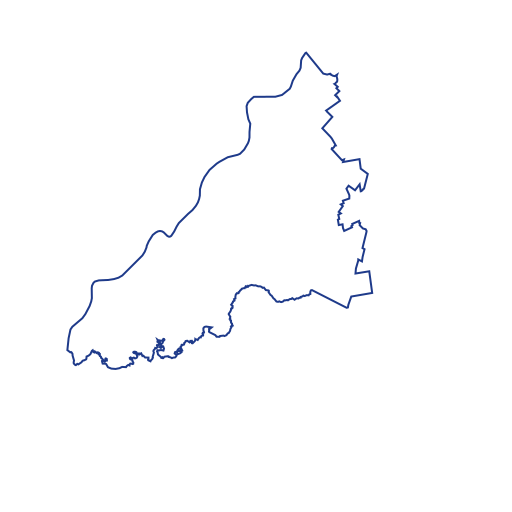 the district of Diamante, Entre Ríos, Argentina, rotated 36°
{"feature_id": "61730980B26239176559323", "entity_name": "Diamante", "entity_type": "district", "adm_level": 2, "iso_a3": "ARG", "parent_name": "Argentina", "parent_adm1": "Entre Ríos", "projection": "natural_earth1", "projection_center": [-60.458, -32.245], "detail": "fine", "context": "isolated", "style": "outline", "palette": "blue", "viewbox_px": 512, "rotation_deg": 36, "n_neighbors": 0, "source": "geoboundaries", "source_scale": "gbopen_adm2", "svg_char_len": 6130}
<svg xmlns="http://www.w3.org/2000/svg" viewBox="0 0 512 512"><g transform="rotate(36 256 256)"><path d="M329.0,169.9L326.3,170.9L321.7,170.1L320.9,168.2L320.2,168.6L318.8,167.0L315.0,173.5L316.0,174.3L315.6,175.8L316.8,176.4L312.6,183.9L309.9,182.2L307.4,179.5L304.8,182.3L300.9,178.5L301.6,177.1L298.3,174.2L299.6,171.7L297.0,171.7L296.9,164.6L294.3,164.4L295.9,161.8L293.8,160.2L297.7,154.7L296.1,152.3L295.1,151.5L289.6,148.4L289.6,144.7L297.5,144.6L297.7,137.1L302.7,142.1L303.2,141.5L303.2,140.5L303.5,140.1L303.3,139.2L303.8,138.0L298.2,123.9L289.4,123.8L282.8,116.8L271.2,128.8L270.4,126.2L269.2,128.0L254.3,125.0L254.1,124.1L254.7,123.9L255.1,122.3L254.9,120.5L255.6,119.7L248.3,116.4L246.2,115.8L234.6,113.7L236.0,98.6L228.1,97.4L227.7,97.0L227.3,97.0L232.7,81.1L228.1,79.4L228.0,79.8L225.5,79.4L226.5,73.6L222.4,73.0L222.7,71.1L218.4,70.7L218.8,70.1L218.7,68.9L219.1,67.9L218.9,66.7L217.8,65.1L215.4,63.1L215.0,61.6L214.0,64.2L212.4,64.9L209.3,65.4L209.2,64.9L208.9,64.9L206.9,67.4L203.2,68.9L177.1,62.0L176.7,62.8L176.9,68.6L177.5,71.1L181.5,77.5L182.2,80.5L181.9,85.1L182.7,92.5L184.6,98.4L185.0,100.9L182.4,110.4L178.1,115.7L160.7,128.5L159.9,131.8L159.3,136.9L160.3,140.3L164.3,145.1L169.5,149.9L173.6,152.3L177.8,159.4L181.1,164.0L182.5,167.0L183.2,169.5L183.9,176.8L183.0,182.7L181.7,184.9L175.1,192.7L171.1,201.2L169.9,204.4L167.8,213.7L167.9,222.3L169.0,228.3L171.4,234.9L175.1,240.2L176.5,243.4L177.5,246.8L177.9,250.7L177.6,256.2L176.3,261.8L174.2,274.7L174.5,278.8L175.4,284.3L175.6,289.5L175.2,290.6L174.4,291.5L172.6,291.9L167.4,291.1L165.5,291.3L163.6,292.2L162.2,293.7L161.1,296.0L160.1,299.6L160.6,307.2L161.6,311.9L162.4,313.5L163.5,317.9L163.8,322.3L159.3,350.4L157.5,354.4L154.7,358.1L150.6,362.2L143.2,368.1L140.7,371.3L140.3,373.1L140.8,376.4L142.0,378.6L148.0,386.6L149.4,389.6L150.8,394.3L152.1,403.3L152.1,408.4L149.0,421.2L149.1,424.5L152.7,432.6L158.7,443.0L162.4,443.1L162.8,442.4L163.5,442.4L165.0,443.0L166.2,444.4L170.3,447.6L170.9,449.1L171.8,450.1L173.9,450.4L174.4,450.2L174.8,448.3L176.0,448.1L177.3,444.5L177.2,443.5L177.6,442.0L178.2,441.6L179.3,439.5L179.2,438.9L178.0,436.9L179.1,435.1L179.6,433.3L179.7,432.6L179.0,429.3L179.3,428.2L180.9,429.2L181.4,428.1L182.2,428.8L182.8,427.9L184.0,428.2L184.6,426.9L185.7,426.7L186.0,427.9L186.5,428.1L187.3,427.2L188.5,428.7L189.7,428.6L190.6,429.5L191.7,429.4L193.7,430.0L194.8,429.8L195.4,429.2L194.5,427.5L194.7,427.1L195.8,427.0L196.8,428.2L196.3,428.6L195.7,430.3L193.0,430.7L193.1,431.5L195.2,433.2L197.5,431.6L198.3,431.5L201.6,433.0L205.2,432.1L208.8,429.9L211.5,427.0L212.9,424.4L216.2,422.3L216.1,421.0L216.7,419.2L218.0,418.9L217.6,418.2L217.5,417.0L218.1,416.5L219.6,416.0L220.0,415.4L219.4,414.3L217.9,413.7L217.2,412.8L215.0,413.4L214.3,413.2L213.8,412.6L214.2,411.7L215.6,411.9L216.9,410.0L218.2,410.0L218.7,409.6L219.3,408.4L219.1,407.1L216.6,405.5L214.0,406.3L213.3,406.0L213.4,405.4L214.2,404.6L215.7,404.1L217.9,405.0L218.5,403.7L218.9,403.9L218.9,404.5L219.3,404.6L219.8,403.8L219.7,403.3L220.3,402.2L222.8,403.6L223.0,403.0L223.6,402.9L226.0,403.3L228.7,401.4L229.6,402.6L229.5,403.2L230.1,403.7L232.5,403.2L232.3,402.5L232.6,400.2L232.3,398.8L231.8,398.6L230.2,394.2L229.0,393.4L228.6,392.6L228.8,390.6L228.5,389.6L229.5,389.3L230.0,387.5L228.4,386.6L228.3,386.2L230.0,385.5L229.1,384.5L230.1,383.4L229.2,382.5L226.8,383.4L226.5,383.1L226.3,382.1L225.5,381.6L227.0,381.6L227.7,380.8L228.5,380.7L229.8,379.8L229.8,377.5L230.5,377.2L231.2,377.6L231.0,379.7L231.5,381.2L231.1,382.8L231.3,383.7L232.1,383.9L232.0,386.3L233.1,386.3L233.4,384.4L234.1,383.7L236.0,385.0L236.7,386.9L235.0,387.6L233.6,388.6L233.1,389.4L231.7,390.1L232.0,391.3L232.9,391.7L234.6,393.3L238.5,393.6L239.2,394.1L240.3,393.6L240.1,392.9L241.0,392.9L241.1,391.3L243.8,388.7L244.4,388.6L244.7,389.0L246.5,388.2L248.0,388.1L248.7,386.9L250.2,385.6L250.4,384.0L250.2,383.2L249.4,382.8L247.5,382.7L247.0,381.4L248.0,380.0L250.4,381.4L251.8,379.3L252.3,377.3L251.6,376.6L248.6,378.8L247.9,378.5L247.8,377.5L248.2,375.9L248.7,375.7L251.0,376.2L251.6,375.7L248.4,373.9L248.6,372.3L248.1,371.9L248.2,371.3L249.1,370.9L249.8,370.0L249.5,368.9L249.1,368.7L249.4,366.8L249.1,366.2L250.1,365.0L253.1,364.9L253.2,364.0L252.8,363.2L254.0,362.3L254.5,362.7L254.4,363.7L254.7,363.6L255.4,364.2L256.0,363.9L256.5,360.8L256.4,360.0L255.8,359.0L256.5,359.1L257.1,358.3L258.2,358.2L258.1,355.7L258.4,354.8L259.2,354.3L258.8,353.2L259.0,352.4L259.9,351.5L259.7,350.9L258.3,350.2L258.1,349.4L258.9,348.7L258.8,348.2L257.2,347.1L255.9,345.4L256.0,343.7L257.1,342.4L262.1,339.8L261.6,341.7L260.9,342.7L261.8,343.6L262.4,344.8L263.0,345.0L269.7,343.9L271.5,344.5L274.0,342.8L273.9,341.9L275.2,340.7L276.5,339.5L277.5,339.3L278.6,337.5L278.6,335.2L279.2,334.4L279.0,331.8L278.2,330.1L277.9,327.7L277.2,327.6L277.3,326.8L278.0,326.0L276.6,325.3L276.3,324.8L275.0,324.6L273.8,323.0L273.1,323.2L272.3,322.1L271.7,322.3L271.0,320.3L268.1,319.1L267.9,318.7L267.9,315.9L267.5,314.4L266.8,313.2L266.9,312.6L267.5,312.3L267.5,311.7L266.4,310.1L265.3,310.3L264.6,310.0L264.8,309.5L264.4,308.7L264.6,307.2L264.1,306.4L264.8,304.7L263.6,303.8L264.3,302.4L263.3,301.2L262.3,299.0L262.4,297.3L263.3,296.9L263.7,296.2L263.2,295.4L263.6,294.5L263.4,293.5L263.9,291.5L263.7,290.9L265.1,289.1L265.8,288.7L265.5,286.8L266.4,286.9L266.5,285.8L267.0,286.1L267.6,285.8L267.5,284.7L269.4,282.0L271.7,281.0L273.0,279.9L275.5,279.3L277.2,278.1L278.7,277.7L280.0,277.9L281.0,276.9L284.0,277.8L286.4,276.5L287.0,276.7L287.5,277.9L290.7,279.0L292.0,278.9L295.0,280.0L296.4,280.0L299.2,280.8L299.9,280.6L300.9,280.0L301.5,279.0L303.0,278.7L303.8,278.2L304.7,276.7L304.9,275.2L305.9,274.6L307.0,273.3L307.9,273.1L308.6,271.1L310.0,269.8L310.1,268.8L312.9,268.7L313.7,266.4L315.3,265.4L315.5,264.5L316.6,263.4L316.2,262.8L317.4,261.3L317.6,260.2L318.9,259.8L320.1,257.8L321.7,256.9L321.6,255.9L322.3,254.8L321.1,253.3L320.6,251.6L321.3,250.7L359.8,244.6L360.6,243.6L359.4,241.2L356.9,232.8L371.7,217.6L356.6,201.8L346.8,211.7L344.2,207.4L341.4,199.6L340.8,198.7L344.9,198.1L342.8,194.1L339.8,186.7L337.5,187.0L331.4,172.0L330.8,170.8L329.0,169.9Z" fill="none" stroke="#1e3a8a" stroke-width="2"/></g></svg>